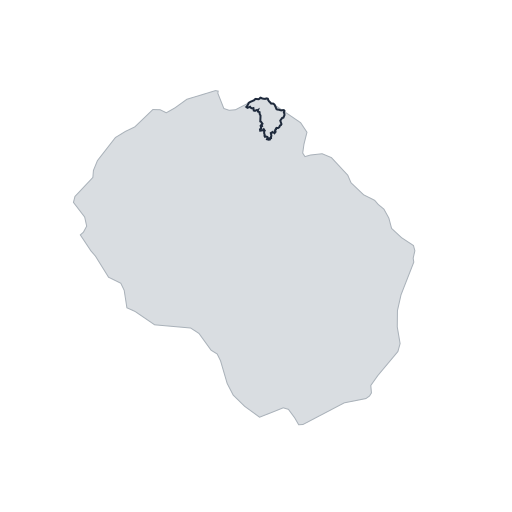 Tetovo, Tetovo, North Macedonia (highlighted), rotated 60°
{"feature_id": "65306769B82420997238505", "entity_name": "Tetovo", "entity_type": "district", "adm_level": 2, "iso_a3": "MKD", "parent_name": "North Macedonia", "parent_adm1": "Tetovo", "projection": "orthographic", "projection_center": [20.883, 42.045], "detail": "fine", "context": "in_parent", "style": "outline", "palette": "slate", "viewbox_px": 512, "rotation_deg": 60, "n_neighbors": 0, "source": "geoboundaries", "source_scale": "gbopen_adm2", "svg_char_len": 2879}
<svg xmlns="http://www.w3.org/2000/svg" viewBox="0 0 512 512"><g transform="rotate(60 256 256)"><path d="M232.4,136.2L240.1,137.1L256.8,132.2L267.1,125.4L272.4,124.4L279.4,121.8L289.6,122.0L299.9,124.8L312.9,120.8L325.7,114.4L330.9,115.8L336.5,121.0L340.2,122.4L362.1,149.8L374.0,160.8L388.0,169.1L403.9,175.0L409.7,180.9L420.4,210.2L425.5,221.3L432.3,224.5L434.0,227.7L434.4,232.0L427.3,253.0L425.4,299.6L423.5,303.4L415.6,303.4L405.0,304.6L401.1,308.3L397.4,333.5L380.5,341.0L365.1,345.3L352.0,344.7L329.0,339.1L321.5,338.6L315.1,342.0L294.6,344.1L285.7,348.6L264.9,378.2L243.5,388.5L236.3,393.7L219.8,387.3L212.0,386.7L200.7,394.3L175.8,395.1L169.1,396.4L149.9,397.6L149.1,393.6L145.5,387.7L136.6,384.9L118.3,387.3L113.9,383.0L106.4,358.0L100.6,354.0L94.1,345.6L83.1,318.5L82.8,306.7L83.6,296.4L77.6,272.1L81.4,265.9L87.1,262.1L87.2,252.3L85.7,237.5L92.5,208.4L94.3,206.3L96.0,207.7L112.2,210.1L116.4,206.4L119.1,200.6L120.0,179.3L123.9,169.5L162.9,150.7L174.3,150.0L183.2,158.6L190.2,164.1L194.4,163.9L195.8,158.3L200.5,147.6L208.5,141.5L232.1,136.1L232.4,136.2Z" fill="#d9dde1" stroke="#a8b0b8" stroke-width="1"/><path d="M149.6,189.7L150.5,187.3L150.1,185.9L151.8,185.8L151.9,186.5L153.9,187.6L155.4,187.9L156.2,188.6L157.3,188.6L157.4,187.7L158.6,186.6L159.4,186.8L160.4,188.1L161.5,187.0L161.1,186.2L162.0,185.8L161.6,184.9L161.0,184.9L161.4,184.0L160.1,183.3L159.7,182.6L156.9,181.7L156.9,179.8L157.4,180.0L158.4,178.4L158.8,178.4L158.5,177.6L158.3,177.9L156.6,176.5L156.0,175.5L156.2,175.3L155.5,174.7L155.3,174.2L156.2,173.0L156.1,171.5L155.0,170.0L155.1,169.0L154.5,168.0L150.9,167.3L149.5,164.3L149.9,163.1L148.2,160.9L147.1,160.3L145.6,160.1L144.6,158.8L143.7,158.9L143.4,159.2L143.1,159.8L143.0,160.2L142.5,161.4L141.6,162.3L140.8,163.0L140.2,163.8L140.1,164.0L139.6,164.5L139.3,164.7L139.0,164.8L138.5,164.8L138.3,164.7L138.2,164.7L136.8,164.5L136.5,164.4L136.2,164.5L134.9,164.3L134.1,164.3L132.7,164.8L132.4,165.2L132.2,165.6L131.6,166.7L131.2,166.8L130.7,166.9L129.8,167.0L129.2,167.2L128.6,167.4L128.3,167.4L127.0,167.4L126.6,167.3L126.3,167.2L126.0,167.1L125.9,167.1L125.6,167.2L124.8,168.0L124.6,168.7L124.7,168.8L124.5,169.6L123.6,170.8L122.9,171.6L122.6,171.9L121.9,172.3L121.5,172.6L121.4,172.7L121.1,173.0L121.2,173.6L121.3,173.8L121.4,174.0L121.5,174.7L121.5,175.4L121.0,176.1L120.7,176.5L120.4,176.9L119.8,177.7L119.7,178.0L119.9,179.0L120.2,179.9L120.0,181.1L119.9,182.3L119.7,183.4L119.7,184.4L119.7,185.3L119.8,185.9L120.3,186.4L121.1,187.7L121.8,189.0L122.2,189.6L122.2,189.8L123.4,189.3L123.8,186.5L124.8,186.5L126.2,185.6L126.6,184.3L128.9,185.2L129.8,184.3L129.9,182.6L130.5,181.9L130.5,181.2L131.0,181.8L131.9,182.1L133.2,181.0L134.8,181.8L136.7,181.9L141.6,185.0L142.3,184.5L144.7,184.3L144.9,185.5L145.7,185.6L145.6,186.4L146.5,186.2L146.3,187.1L148.1,187.7L148.3,189.2L149.6,189.7Z" fill="none" stroke="#1e293b" stroke-width="2"/></g></svg>